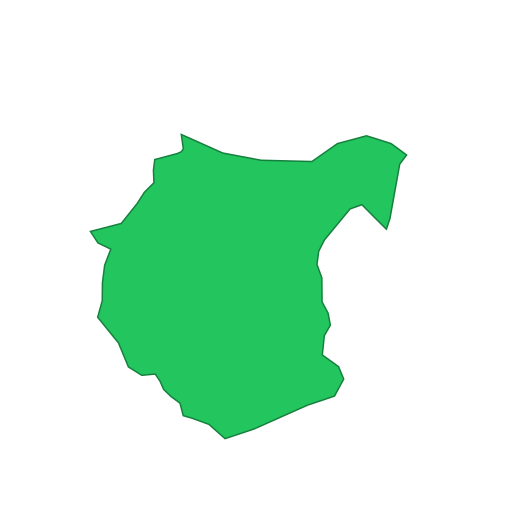 outline of Cimişlia, rotated 307°
{"feature_id": "MDA-1633", "entity_name": "Cimişlia", "entity_type": "District", "adm_level": 1, "iso_a3": "MDA", "parent_name": "Moldova", "parent_adm1": "", "projection": "equal_earth", "projection_center": [28.851, 46.62], "detail": "fine", "context": "isolated", "style": "filled", "palette": "green", "viewbox_px": 512, "rotation_deg": 307, "n_neighbors": 0, "source": "natural_earth", "source_scale": "10m", "svg_char_len": 869}
<svg xmlns="http://www.w3.org/2000/svg" viewBox="0 0 512 512"><g transform="rotate(307 256 256)"><path d="M427.3,315.5L415.9,315.5L366.6,340.4L355.9,344.0L355.9,343.7L357.9,328.9L360.7,309.7L350.2,302.8L310.1,301.0L297.6,303.2L285.9,309.8L278.2,321.7L259.1,336.4L253.8,347.9L245.5,357.0L233.5,358.5L216.9,368.5L217.3,388.6L210.5,400.1L191.4,403.0L167.7,386.8L116.6,358.5L91.5,341.2L93.2,319.7L87.8,302.1L84.7,294.0L92.7,283.9L92.6,272.9L93.9,262.5L98.2,254.8L101.1,246.6L92.0,236.6L90.6,220.9L103.8,198.5L111.8,166.4L127.8,160.1L142.0,149.6L157.5,140.7L174.1,135.9L171.3,122.0L176.0,109.0L200.9,128.8L226.3,129.5L239.7,128.5L253.1,130.4L262.7,122.5L272.1,117.1L290.5,131.5L294.1,133.5L297.7,133.6L308.1,123.2L318.2,167.4L335.5,202.4L365.1,243.8L394.8,253.4L418.5,271.9L427.1,296.3L427.3,315.3L427.3,315.5Z" fill="#22c55e" stroke="#15803d" stroke-width="1.5"/></g></svg>